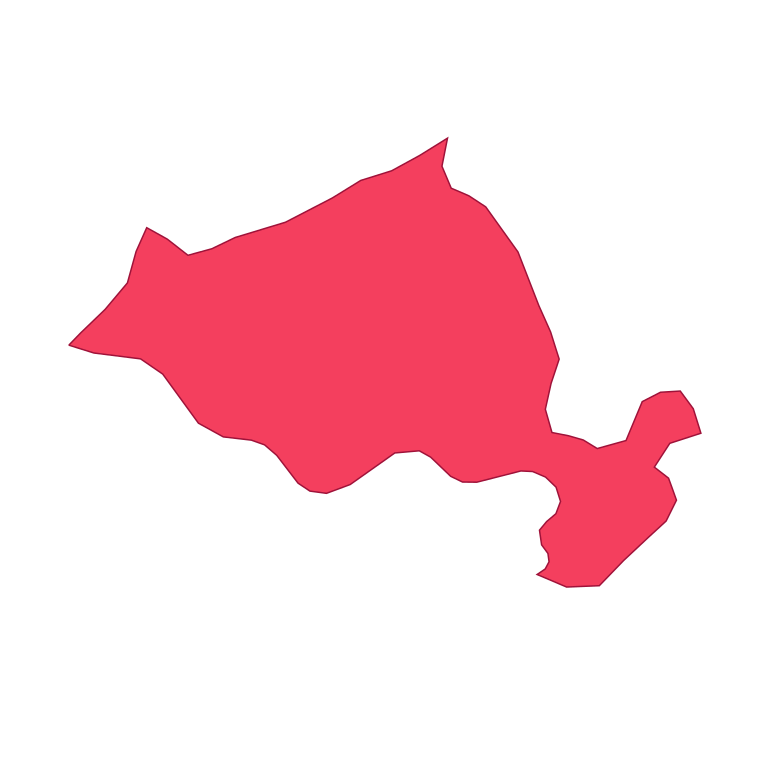 SVG path tracing the border of Laçın, rotated 351°
{"feature_id": "AZE-1735", "entity_name": "Laçın", "entity_type": "District", "adm_level": 1, "iso_a3": "AZE", "parent_name": "Azerbaijan", "parent_adm1": "", "projection": "natural_earth1", "projection_center": [46.402, 39.698], "detail": "fine", "context": "isolated", "style": "filled", "palette": "rose", "viewbox_px": 768, "rotation_deg": 351, "n_neighbors": 0, "source": "natural_earth", "source_scale": "10m", "svg_char_len": 1212}
<svg xmlns="http://www.w3.org/2000/svg" viewBox="0 0 768 768"><g transform="rotate(351 384 384)"><path d="M310.1,483.0L294.1,478.2L283.6,468.5L266.9,437.7L256.5,425.4L244.2,418.7L217.0,411.1L194.6,393.7L167.0,339.6L147.5,321.1L102.3,308.0L78.7,296.3L78.8,296.3L92.4,286.1L120.2,266.7L146.4,244.0L159.9,214.3L174.1,192.5L192.6,207.0L210.5,226.2L235.0,223.5L260.0,216.0L312.0,208.8L362.0,192.2L392.9,179.3L424.9,174.6L455.1,163.8L485.2,151.1L475.3,178.0L481.0,201.1L497.4,211.5L512.2,225.0L537.0,274.6L549.2,330.8L556.7,358.7L559.3,376.3L560.9,386.8L557.1,394.2L549.1,409.6L539.4,434.2L542.3,458.2L558.2,464.0L572.1,470.5L584.5,481.1L614.2,477.7L619.3,469.4L636.2,442.0L636.3,441.8L655.8,435.4L675.5,437.3L685.6,456.8L688.1,473.9L689.3,482.2L657.0,487.3L645.1,500.5L638.0,508.4L650.3,521.5L652.2,531.2L654.2,541.9L654.7,544.5L641.2,563.5L621.3,576.7L593.1,595.8L565.1,616.9L532.6,613.1L505.4,596.1L505.6,596.0L514.3,591.9L519.2,585.4L519.4,577.0L514.5,567.5L514.7,552.7L523.1,545.3L533.5,539.0L540.0,527.6L537.8,512.8L529.0,501.2L517.1,493.7L505.6,491.3L460.3,495.5L446.2,493.1L435.4,485.6L418.6,463.5L408.4,455.5L383.9,453.8L334.9,478.0L310.1,483.0Z" fill="#f43f5e" stroke="#9f1239" stroke-width="1.5"/></g></svg>